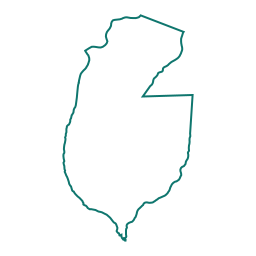 La Pointe, Choiseul, Saint Lucia (Mercator projection)
{"feature_id": "8701671B32861116669136", "entity_name": "La Pointe", "entity_type": "district", "adm_level": 2, "iso_a3": "LCA", "parent_name": "Saint Lucia", "parent_adm1": "Choiseul", "projection": "mercator", "projection_center": [-61.064, 13.794], "detail": "fine", "context": "isolated", "style": "outline", "palette": "teal", "viewbox_px": 256, "rotation_deg": 0, "n_neighbors": 0, "source": "geoboundaries", "source_scale": "gbopen_adm2", "svg_char_len": 5113}
<svg xmlns="http://www.w3.org/2000/svg" viewBox="0 0 256 256"><path d="M85.2,50.7L85.4,51.2L87.5,54.4L88.3,55.3L89.2,58.0L89.3,60.2L89.0,61.2L88.3,63.5L88.1,63.8L88.0,64.5L87.0,66.2L86.6,66.7L86.3,67.5L85.1,69.0L83.5,70.5L81.6,72.7L80.8,73.9L80.2,75.6L79.1,80.3L78.8,82.3L78.7,82.4L78.9,82.8L78.3,84.2L77.9,86.5L77.3,92.5L76.8,97.9L76.2,102.4L75.8,105.3L75.2,107.2L74.4,108.2L73.8,109.6L73.4,112.6L72.6,113.9L72.1,114.8L71.7,115.2L71.2,117.5L71.0,118.4L70.5,119.1L70.2,120.0L70.3,121.0L70.0,122.3L69.0,124.5L67.9,125.2L67.3,125.8L66.9,126.4L66.8,127.5L66.4,128.9L66.4,132.2L65.8,133.9L65.8,135.8L65.1,137.5L65.5,138.8L65.4,140.1L65.1,141.8L64.9,142.9L64.4,144.6L64.1,146.7L63.9,149.1L64.3,151.2L64.3,152.8L63.8,153.7L63.5,154.2L63.4,156.0L63.7,158.6L64.3,161.1L63.5,162.8L63.9,164.8L64.3,165.9L64.5,169.1L65.1,170.6L64.7,171.8L65.5,173.5L66.3,175.6L67.0,176.8L67.8,178.8L68.8,181.9L69.2,183.8L70.2,185.6L71.0,186.4L72.1,190.2L72.6,191.0L73.1,191.3L73.8,191.6L74.2,192.5L75.4,194.1L77.6,196.4L79.5,197.9L81.6,200.1L82.6,201.3L82.8,202.1L83.5,203.2L83.4,203.8L83.3,204.1L83.4,204.5L84.3,205.1L85.9,205.7L86.9,206.7L87.7,208.0L89.6,209.2L90.2,209.3L90.8,209.1L93.4,209.6L95.5,210.0L98.4,211.5L100.4,211.9L101.9,212.3L104.6,213.7L106.7,214.7L109.1,216.8L110.2,217.8L112.8,221.2L113.8,222.4L115.4,223.3L116.1,224.2L117.4,227.8L117.2,229.3L116.7,230.7L116.7,231.3L117.2,232.0L118.0,232.9L118.8,233.2L119.1,233.6L119.3,234.2L119.3,234.8L119.5,235.4L120.4,235.6L120.6,235.5L120.8,235.5L121.0,235.0L121.4,234.8L121.4,235.4L121.5,236.3L121.8,237.7L122.9,239.1L123.6,238.3L124.1,238.8L124.2,240.0L125.0,240.6L125.5,240.6L125.6,239.7L125.3,239.2L124.5,238.4L124.3,238.3L124.5,238.2L124.8,238.0L125.6,237.6L125.9,237.4L126.2,236.8L126.3,236.5L126.2,235.6L126.0,234.5L126.0,233.4L126.0,231.9L126.0,230.5L126.2,228.9L126.7,228.1L126.9,227.6L126.9,227.1L126.7,226.7L126.6,225.8L126.8,224.9L127.4,224.0L128.7,223.0L130.5,222.2L131.8,221.9L132.5,221.4L133.8,219.9L134.8,217.9L135.6,217.0L136.5,214.4L136.6,214.0L136.8,213.3L136.9,212.8L136.9,212.4L137.1,211.9L137.3,211.3L137.5,210.8L137.7,210.4L137.8,210.2L138.2,209.7L138.7,209.0L139.1,208.7L139.4,208.4L139.8,208.1L140.1,207.7L140.6,207.3L141.2,206.7L141.3,206.6L141.8,206.1L142.1,205.8L142.6,205.4L142.8,205.2L143.1,205.0L143.3,204.5L143.5,204.1L143.6,203.8L144.0,203.3L144.2,203.2L144.7,202.8L145.1,202.6L145.3,202.6L145.7,202.5L146.1,202.4L146.6,202.4L147.1,202.4L147.5,202.5L148.4,202.7L148.6,202.7L149.1,202.8L149.4,202.8L150.0,202.8L150.3,202.8L150.7,202.7L151.3,202.7L151.9,202.6L152.8,202.4L153.9,201.7L154.0,201.6L154.7,201.2L155.4,200.7L155.9,200.3L156.3,200.0L156.6,199.9L157.1,199.5L157.7,199.1L158.3,198.6L158.6,198.3L159.3,198.0L159.9,197.8L160.6,197.5L162.6,196.6L164.0,196.0L164.5,195.8L164.9,195.5L165.2,195.4L165.6,195.1L165.9,194.8L166.2,194.6L166.4,194.3L166.9,193.9L167.2,193.5L167.5,193.3L167.8,192.8L168.1,192.2L168.4,191.8L169.0,191.0L169.3,190.5L169.5,190.1L169.6,189.7L169.8,189.2L170.0,188.7L170.1,188.1L170.3,187.6L170.5,187.1L171.0,186.2L171.7,184.7L172.0,184.2L172.7,183.5L173.0,183.1L173.5,182.7L173.8,182.5L174.2,182.2L174.5,182.0L174.7,181.9L175.1,181.7L175.4,181.6L175.8,181.5L176.1,181.5L176.5,181.3L176.8,181.2L177.1,181.0L177.4,180.8L177.8,180.5L178.1,180.3L178.5,180.0L178.8,179.8L179.0,179.6L179.2,179.2L179.4,178.9L179.6,178.6L179.8,178.2L179.9,177.9L180.1,177.5L180.2,177.2L180.4,176.7L180.5,176.4L180.7,176.1L181.2,175.3L181.2,174.1L181.0,173.0L180.4,171.0L180.4,169.5L181.0,168.0L182.1,166.9L183.9,166.1L185.5,164.0L185.9,161.7L186.5,160.5L187.7,158.7L188.2,156.7L188.3,154.8L187.9,152.9L188.1,152.1L188.6,151.5L189.0,150.7L188.9,149.6L188.8,147.9L189.0,145.4L189.4,143.9L189.6,141.8L189.5,140.0L189.6,138.2L190.3,136.2L190.2,134.5L190.1,133.6L192.6,95.0L142.8,96.5L150.1,86.2L152.0,84.5L152.8,82.9L153.2,81.1L153.2,80.7L153.3,80.2L153.5,79.7L153.7,79.1L153.9,78.7L154.2,78.3L154.7,77.9L155.2,77.5L155.7,77.0L156.1,76.7L156.7,76.0L157.1,75.5L157.5,74.9L157.8,74.1L158.0,73.4L158.3,73.0L158.5,72.8L159.0,72.6L159.6,72.3L160.1,72.2L160.9,72.0L162.0,71.6L162.5,71.1L162.7,70.8L162.9,70.0L162.9,69.5L163.0,68.6L163.2,68.2L163.6,67.7L163.9,67.4L164.8,66.9L165.4,66.6L165.9,66.4L166.7,66.0L167.1,65.7L168.0,65.1L168.9,64.1L170.2,63.0L171.4,62.0L173.2,61.0L175.0,60.0L176.7,58.9L177.9,58.0L178.5,57.4L179.1,56.7L179.7,55.9L180.1,55.0L180.5,54.3L180.8,53.7L181.1,53.0L181.4,52.0L181.7,51.4L181.9,50.7L182.1,50.1L182.2,49.8L182.2,49.0L182.2,48.1L182.1,47.5L182.0,46.9L181.8,46.1L181.6,45.3L181.4,44.0L181.2,43.1L181.2,42.6L181.1,41.6L181.1,40.2L181.1,39.8L181.1,39.2L181.2,38.4L181.4,37.9L181.6,37.2L181.8,36.5L182.0,36.1L182.2,35.5L182.3,35.0L182.5,34.4L182.7,33.8L182.9,33.2L183.1,32.6L183.6,31.9L140.7,15.4L140.5,15.7L140.1,16.0L138.9,17.2L137.4,17.7L135.7,18.1L130.8,18.0L126.8,17.3L125.2,17.4L123.0,18.1L122.2,18.6L119.9,19.3L114.5,19.9L113.0,20.3L111.8,21.7L111.2,23.5L111.1,25.0L110.9,26.1L109.7,28.5L107.9,30.7L106.9,32.1L106.1,34.3L105.9,36.5L106.2,37.7L106.6,39.1L107.4,41.3L106.7,43.3L105.2,45.1L102.8,46.8L100.7,47.5L98.6,47.4L95.4,46.9L93.6,46.7L91.7,46.8L89.3,48.1L85.2,50.7Z" fill="none" stroke="#0f766e" stroke-width="2"/></svg>